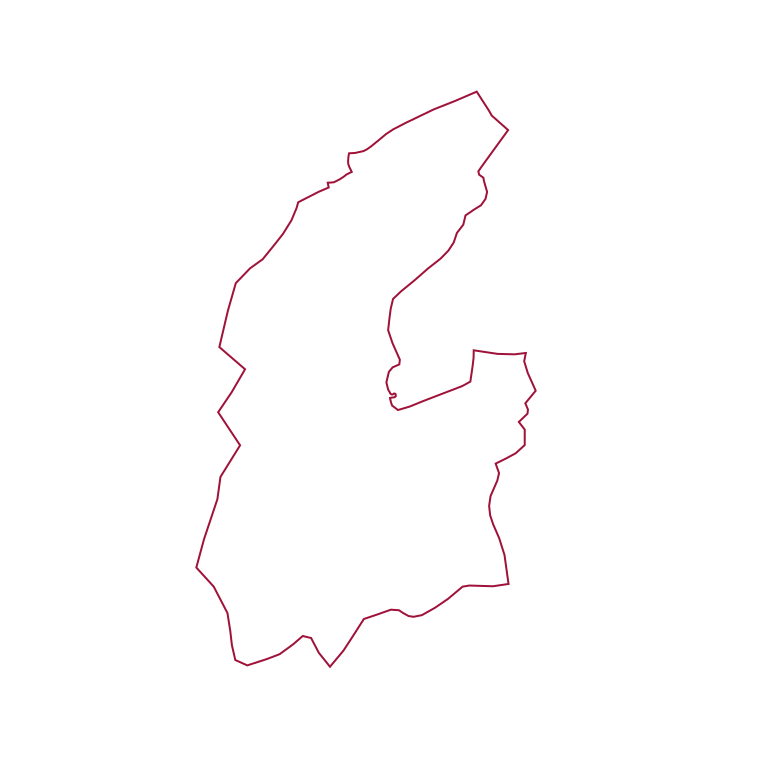 outline of Chanthabuly, Vientiane [prefecture], Laos, rotated 194°
{"feature_id": "54806243B69886470699230", "entity_name": "Chanthabuly", "entity_type": "district", "adm_level": 2, "iso_a3": "LAO", "parent_name": "Laos", "parent_adm1": "Vientiane [prefecture]", "projection": "mercator", "projection_center": [102.605, 17.997], "detail": "fine", "context": "isolated", "style": "outline", "palette": "rose", "viewbox_px": 768, "rotation_deg": 194, "n_neighbors": 0, "source": "geoboundaries", "source_scale": "gbopen_adm2", "svg_char_len": 2092}
<svg xmlns="http://www.w3.org/2000/svg" viewBox="0 0 768 768"><g transform="rotate(194 384 384)"><path d="M525.0,304.5L508.8,289.7L520.2,254.3L517.8,231.9L521.1,189.9L521.7,160.5L500.2,146.2L480.5,123.9L473.5,107.4L468.4,93.8L461.5,80.2L448.6,77.9L431.4,88.6L419.8,96.7L409.0,109.7L401.9,119.8L393.3,119.9L382.2,107.4L368.0,96.6L358.8,115.6L353.6,130.6L346.7,151.1L334.5,158.9L322.7,166.7L314.7,168.1L310.4,166.5L304.0,164.8L298.9,165.3L291.3,168.9L280.4,179.2L270.0,190.9L258.7,206.4L252.4,209.1L229.4,214.1L214.8,220.1L225.7,247.2L234.9,262.2L244.1,274.2L249.2,282.2L252.5,291.1L253.5,301.0L250.7,317.7L250.8,325.3L256.4,333.8L248.0,340.9L239.5,348.6L232.7,358.8L236.4,373.8L244.0,379.8L237.6,389.9L238.1,394.0L242.2,399.5L235.2,414.1L235.5,414.6L247.2,429.5L253.5,440.0L253.9,448.4L264.4,444.4L281.1,440.7L305.1,438.4L303.4,431.0L302.3,422.3L300.8,407.2L307.5,401.0L316.4,394.7L324.9,388.8L342.7,376.3L353.5,368.4L364.2,362.1L365.9,362.9L371.0,365.1L373.0,368.3L374.1,370.5L374.8,371.9L373.2,372.7L370.5,373.7L369.6,375.2L370.5,377.2L372.0,377.2L372.8,376.1L374.3,375.7L375.5,376.2L376.3,377.2L378.7,379.7L382.1,386.2L382.2,397.0L379.6,402.3L373.9,406.7L374.5,411.4L385.7,425.8L393.0,437.2L394.6,449.1L395.7,458.6L395.8,468.7L389.7,478.3L379.9,491.4L369.2,506.8L359.4,519.4L353.8,529.0L350.6,538.1L349.8,548.2L345.6,557.8L345.7,567.3L339.2,574.6L333.1,580.9L330.3,588.1L330.4,595.3L336.1,605.1L337.5,608.2L342.3,610.1L343.9,613.1L342.4,617.2L339.3,625.0L325.0,660.4L344.4,670.5L347.9,674.2L349.0,675.3L364.8,690.1L383.3,676.0L402.0,662.6L425.3,643.3L436.5,633.5L442.5,627.0L448.4,618.9L450.3,616.4L454.2,611.2L457.4,607.5L457.5,607.4L460.3,605.0L467.9,601.2L473.7,599.4L473.6,596.6L472.7,591.3L471.9,588.8L470.4,586.5L466.6,582.0L471.0,578.3L473.3,575.3L476.5,571.9L481.3,567.7L484.3,566.6L487.3,565.7L486.4,563.8L485.2,561.3L489.0,558.4L494.1,554.5L511.2,539.6L511.4,533.6L513.4,520.4L515.3,514.6L518.3,505.3L523.9,492.8L531.9,475.7L541.9,463.9L552.2,446.0L553.2,417.1L552.7,380.0L522.4,364.7L529.8,339.2L538.1,316.5L525.0,304.5Z" fill="none" stroke="#9f1239" stroke-width="2"/></g></svg>